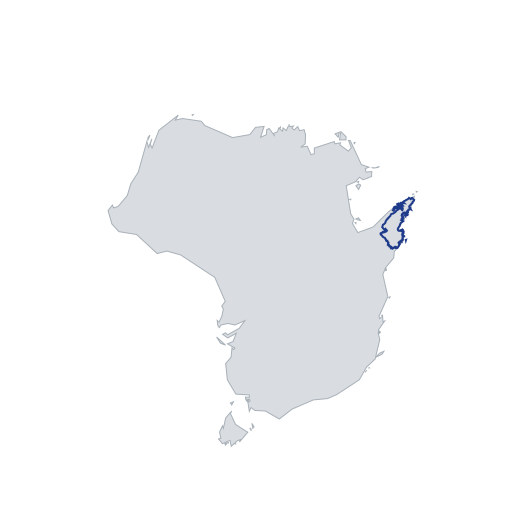 location of Cook, Queensland, Australia, rotated 44°
{"feature_id": "25037944B35622910690770", "entity_name": "Cook", "entity_type": "district", "adm_level": 2, "iso_a3": "AUS", "parent_name": "Australia", "parent_adm1": "Queensland", "projection": "natural_earth1", "projection_center": [143.95, -13.681], "detail": "fine", "context": "in_parent", "style": "outline", "palette": "blue", "viewbox_px": 512, "rotation_deg": 44, "n_neighbors": 0, "source": "geoboundaries", "source_scale": "gbopen_adm2", "svg_char_len": 9229}
<svg xmlns="http://www.w3.org/2000/svg" viewBox="0 0 512 512"><g transform="rotate(44 256 256)"><path d="M334.3,114.8L339.0,137.4L344.8,136.3L351.4,143.0L352.5,156.9L356.4,161.7L357.3,174.5L360.1,181.2L379.0,193.6L386.4,214.0L388.5,215.1L388.9,211.4L393.0,215.1L393.7,213.3L395.3,223.7L397.7,226.8L403.0,230.0L413.3,247.4L412.7,259.1L416.3,273.2L410.4,299.4L406.5,308.9L397.2,319.7L388.3,341.1L386.0,357.1L370.4,361.0L362.6,367.8L357.7,368.5L359.1,372.4L351.5,366.6L352.6,365.3L352.1,363.9L350.7,363.8L348.2,366.3L346.4,364.8L349.4,362.4L347.7,360.6L337.5,369.3L321.5,365.0L308.9,354.5L308.4,346.2L302.5,338.7L304.9,339.0L304.8,336.8L296.5,339.0L298.9,333.4L295.5,325.3L292.6,334.6L286.4,335.5L287.4,332.4L290.3,332.4L294.2,319.7L292.9,310.2L288.8,320.2L282.7,324.0L278.7,330.0L279.4,333.0L276.9,332.6L272.8,329.3L275.3,329.2L273.4,323.3L269.3,316.7L266.1,315.8L265.4,310.0L241.2,300.0L201.0,307.6L188.4,314.4L183.2,322.9L155.1,323.5L140.5,333.7L130.2,333.1L118.0,326.1L117.3,319.1L120.2,320.3L122.4,316.1L121.4,301.8L115.8,291.1L113.1,277.6L98.0,249.5L103.3,252.5L99.7,244.0L102.2,249.0L106.2,250.5L98.8,232.9L102.2,208.7L103.5,214.4L107.6,208.2L123.0,197.1L128.6,197.7L156.9,187.1L167.2,173.0L166.3,163.8L171.8,157.2L176.8,167.4L179.2,161.7L176.0,157.7L176.9,155.1L186.3,156.8L183.3,155.9L185.2,151.8L183.4,148.2L188.4,147.8L186.5,145.1L190.7,144.7L189.2,140.9L192.7,136.5L193.0,139.1L195.9,138.8L196.1,133.9L200.3,135.6L202.9,131.7L207.4,134.4L213.5,141.2L212.6,146.7L216.6,141.4L225.2,144.9L226.9,142.0L223.0,137.8L232.8,119.3L234.8,120.5L238.1,115.9L239.3,117.8L249.6,116.4L249.3,111.9L242.3,108.6L243.5,107.5L268.4,117.1L275.6,113.6L273.9,117.2L276.9,119.2L280.6,114.8L283.9,118.5L280.1,126.8L275.7,127.5L276.0,133.5L272.1,142.8L294.7,159.8L300.9,161.5L302.8,165.6L313.0,168.4L320.1,153.7L320.6,132.2L321.7,124.1L324.2,122.2L322.3,118.5L328.5,103.0L334.3,114.8ZM346.3,386.8L358.3,391.4L372.5,388.5L373.3,401.3L372.3,399.0L370.9,401.7L370.4,410.1L365.4,406.7L362.2,414.3L356.1,413.7L357.3,411.6L352.0,407.9L349.9,401.4L352.2,402.6L346.7,393.5L346.3,386.8ZM230.7,107.6L237.8,107.6L240.1,109.9L235.4,114.5L230.7,107.6ZM283.9,341.6L296.0,341.3L290.9,343.4L283.9,341.6ZM282.1,132.3L283.6,136.9L279.1,136.1L279.8,132.8L282.1,132.3ZM412.6,245.4L412.4,240.1L414.2,235.7L414.9,238.9L412.6,245.4ZM369.3,379.2L373.3,380.3L373.4,382.1L369.3,379.2ZM230.0,109.0L232.6,113.5L228.0,113.2L230.0,109.0ZM342.0,380.0L339.7,379.5L341.0,376.5L342.0,380.0ZM306.4,157.9L304.2,159.3L302.1,160.0L303.1,157.4L306.4,157.9ZM97.9,248.3L96.0,245.7L95.7,243.3L96.0,243.2L97.9,248.3ZM372.5,383.8L374.0,385.0L371.0,384.0L372.5,383.8ZM396.8,224.4L398.4,224.3L398.4,226.7L396.8,224.4ZM357.8,174.3L359.8,175.7L359.4,176.5L357.8,174.3ZM365.3,411.2L365.4,413.3L363.9,412.6L365.3,411.2ZM415.1,261.1L415.2,264.0L415.1,261.1ZM248.9,107.4L247.7,106.1L248.4,105.5L248.9,107.4ZM282.2,107.6L280.5,109.9L282.5,105.9L282.2,107.6ZM415.4,257.6L414.6,258.6L415.2,257.6L415.4,257.6ZM285.1,149.8L284.1,150.3L284.7,149.2L285.1,149.8ZM278.6,132.1L277.4,132.4L278.1,131.0L278.6,132.1ZM112.9,197.2L112.6,199.1L112.0,198.9L112.9,197.2ZM326.4,101.9L326.3,103.5L325.8,102.4L326.4,101.9ZM350.8,364.6L351.1,365.6L350.6,365.3L350.8,364.6ZM280.0,110.6L277.7,112.2L280.1,110.2L280.0,110.6ZM189.3,138.6L188.4,139.7L189.0,138.4L189.3,138.6ZM366.1,409.7L365.4,410.1L365.8,409.4L366.1,409.7ZM305.4,163.4L304.1,163.3L304.7,162.4L305.4,163.4ZM184.7,146.9L184.0,147.6L184.0,146.1L184.7,146.9ZM371.9,405.3L370.9,405.9L371.2,404.8L371.9,405.3ZM327.2,97.7L327.0,98.7L326.3,98.2L327.2,97.7ZM350.2,365.9L351.2,366.8L349.5,366.6L350.2,365.9ZM381.3,193.5L380.4,193.6L380.8,192.3L381.3,193.5ZM388.2,211.3L387.7,211.3L388.1,210.3L388.2,211.3ZM346.8,385.2L346.6,386.0L346.3,385.0L346.8,385.2Z" fill="#d9dde1" stroke="#a8b0b8" stroke-width="1"/><path d="M325.8,120.6L325.0,120.7L324.8,120.9L324.5,120.8L324.3,120.5L324.1,120.7L324.5,120.3L324.5,120.6L324.8,120.6L325.1,119.9L325.1,117.9L326.6,117.9L325.8,119.0L326.9,118.7L327.3,119.1L327.3,119.4L327.6,119.5L328.1,120.1L328.4,119.8L328.6,119.9L329.4,121.0L329.4,121.5L326.4,121.3L325.5,126.0L325.7,127.4L325.2,130.1L324.3,131.6L324.2,132.4L324.8,134.1L324.7,135.9L324.7,137.4L324.9,137.4L324.8,138.8L325.1,140.8L325.8,141.9L326.0,142.7L325.9,144.5L325.6,145.4L326.8,147.6L330.1,147.9L330.2,146.5L332.6,146.8L332.5,148.1L332.1,148.1L332.0,149.4L331.2,149.4L331.1,150.7L330.5,150.7L330.5,152.0L330.0,152.6L329.9,153.2L330.2,153.6L330.8,153.9L331.1,153.7L331.9,153.8L332.5,153.7L333.1,153.9L333.3,154.1L334.4,153.9L334.7,154.0L336.1,153.4L336.7,153.6L337.2,153.9L337.4,153.8L338.1,153.8L338.2,154.1L339.0,154.6L339.4,154.5L339.6,154.3L339.8,154.3L340.0,154.0L340.3,154.3L340.6,154.1L341.3,154.4L341.8,154.3L342.0,154.8L342.3,155.4L342.5,155.6L343.0,156.3L343.2,156.1L343.3,156.2L343.5,156.2L343.8,155.7L344.3,156.3L344.6,156.2L345.1,156.4L345.2,156.2L345.6,155.8L346.0,156.0L346.4,156.2L346.6,155.6L346.8,155.4L347.1,155.5L347.2,155.8L347.7,156.5L348.0,156.1L348.2,156.3L348.4,156.2L348.7,156.2L349.0,156.0L348.8,155.7L349.2,155.1L349.2,154.9L348.9,154.8L348.9,154.6L349.1,154.4L349.4,154.6L349.8,153.9L349.8,153.4L349.6,153.3L349.6,152.7L349.9,152.5L350.1,152.6L350.2,152.4L350.3,152.3L350.7,152.4L351.0,152.2L351.1,152.4L351.3,152.1L351.4,152.3L351.6,152.4L351.7,152.6L352.0,152.3L351.9,152.0L352.1,151.5L351.9,151.2L352.0,150.8L351.9,150.4L351.6,149.7L351.7,149.2L351.2,148.7L351.3,148.3L351.2,147.9L351.0,148.0L350.9,147.9L351.0,147.9L350.8,147.5L350.5,147.5L350.4,147.7L349.8,147.5L349.9,147.4L350.3,147.4L350.2,147.0L350.0,147.3L349.7,147.3L349.6,147.2L349.4,147.3L349.3,147.1L349.4,146.8L349.5,146.8L349.5,146.5L349.4,146.5L349.3,146.1L349.7,146.0L349.7,144.9L349.8,145.0L350.1,145.0L350.4,144.9L350.6,144.8L350.4,144.7L350.3,144.3L350.2,144.5L350.1,144.1L350.3,144.1L350.4,143.4L350.1,143.4L350.2,142.1L349.8,141.7L349.2,141.6L349.1,141.4L348.7,141.1L348.6,140.5L348.4,140.4L348.3,139.9L347.7,139.9L347.3,139.7L347.2,139.3L346.8,139.4L346.5,139.3L346.3,139.0L346.0,138.6L346.0,138.1L346.2,137.5L346.2,137.4L345.7,137.5L345.7,137.0L345.8,136.6L345.1,135.7L344.9,135.7L344.5,136.6L343.7,137.0L343.2,137.0L342.7,136.5L342.6,137.2L342.3,137.7L341.2,138.7L340.5,138.8L339.9,138.6L339.6,138.4L339.2,138.0L338.9,137.3L338.6,136.0L338.6,135.3L338.4,134.3L337.9,133.8L337.7,132.8L337.3,132.3L337.2,131.8L337.4,130.5L337.6,129.8L337.6,129.4L337.7,128.6L337.2,128.7L337.1,128.8L336.9,128.7L336.9,128.9L335.5,129.3L335.5,128.8L335.8,128.5L336.1,127.8L335.8,127.4L335.5,127.4L335.7,127.0L335.0,126.9L334.8,127.0L334.9,126.0L333.8,126.1L333.4,125.9L332.7,125.8L332.0,124.6L332.6,124.2L332.5,123.5L332.2,123.4L332.2,123.1L332.0,122.8L332.1,122.6L332.3,122.7L332.3,122.4L332.3,122.1L332.3,121.8L333.1,121.8L333.2,121.5L333.5,121.3L333.5,121.0L333.6,120.6L333.8,120.7L334.2,120.5L334.3,120.6L334.4,120.4L334.3,120.8L334.5,121.3L334.6,121.9L334.4,122.2L334.7,122.6L334.8,123.5L335.2,123.1L335.4,123.1L335.3,122.8L335.3,122.5L335.6,122.7L335.8,122.7L336.0,122.0L336.3,121.7L336.1,121.6L336.4,121.0L336.3,120.8L335.4,120.4L335.1,119.9L335.1,119.1L334.9,118.8L334.4,118.5L333.6,118.5L333.5,118.4L333.7,117.3L333.7,116.9L333.5,116.7L334.4,115.1L334.6,115.0L334.9,114.9L334.6,114.8L334.2,115.0L334.1,114.5L333.7,114.2L333.4,114.5L332.7,114.6L331.7,113.8L331.7,111.8L331.5,110.3L331.5,109.9L331.8,109.4L331.6,108.8L331.2,108.4L331.2,106.6L330.9,106.2L330.8,105.8L328.0,105.8L327.7,106.2L327.8,106.9L327.7,107.2L327.8,107.6L325.7,107.9L325.8,108.7L325.6,110.2L325.2,111.0L324.8,112.9L324.5,113.4L324.3,114.8L324.3,115.0L324.6,115.0L324.8,115.4L324.9,115.6L324.7,115.8L324.9,115.9L325.0,115.9L325.2,115.1L325.6,115.1L325.3,115.3L325.4,115.6L325.1,115.8L325.2,116.3L325.0,116.0L324.8,116.1L324.8,116.4L324.7,115.8L324.4,116.0L324.5,116.7L324.5,116.9L324.1,116.8L323.6,117.1L323.6,118.2L322.7,118.0L323.5,118.4L323.5,118.8L323.0,119.6L322.6,119.4L322.2,119.5L322.0,119.4L321.5,120.6L321.8,120.7L322.0,119.6L322.1,120.2L322.3,120.3L322.4,119.9L322.7,119.8L322.9,120.3L323.2,120.7L323.5,120.8L323.8,120.8L323.8,120.5L324.0,120.7L323.9,121.3L323.6,121.4L323.8,121.6L323.7,121.8L323.5,121.7L323.2,122.3L323.2,123.1L322.8,123.1L322.5,123.5L322.0,123.9L321.9,123.8L321.4,124.6L321.7,125.0L321.8,126.2L322.3,126.9L322.8,127.4L322.8,128.0L323.3,128.0L323.5,127.6L322.7,124.7L323.6,124.1L323.2,123.9L323.4,123.5L323.8,123.5L324.1,122.2L324.9,123.3L325.4,122.7L325.2,122.2L324.9,122.2L324.8,122.6L324.5,121.9L325.6,121.7L326.4,121.1L325.8,120.6ZM335.4,123.0L335.1,122.9L335.1,122.6L335.4,123.0ZM324.0,122.5L323.9,122.2L324.0,122.5ZM322.3,119.7L322.5,119.6L322.4,119.7L322.3,119.7ZM324.0,121.7L323.9,121.7L324.0,121.6L324.0,121.7ZM343.2,135.6L342.9,135.9L343.3,136.0L343.2,135.6ZM322.5,117.4L323.2,117.6L323.3,117.5L323.0,117.3L322.5,117.4ZM352.6,140.4L352.9,140.6L352.7,140.2L352.6,140.4ZM343.1,135.5L342.8,135.4L342.7,135.9L343.0,135.6L343.1,135.5ZM350.4,147.3L350.3,147.2L350.3,147.4L350.7,147.4L350.6,147.2L350.4,147.3ZM323.6,121.5L323.7,121.3L323.4,121.3L323.6,121.5ZM348.6,138.8L348.9,139.0L349.0,138.9L348.9,138.8L348.6,138.8ZM343.1,136.3L343.2,136.2L343.1,136.3ZM343.7,134.9L343.7,135.1L343.7,134.9L343.7,134.9ZM342.6,136.3L342.8,136.1L342.6,136.3ZM337.5,126.5L337.6,126.3L337.5,126.5ZM336.9,120.2L336.7,120.1L336.9,120.2Z" fill="none" stroke="#1e3a8a" stroke-width="2"/></g></svg>